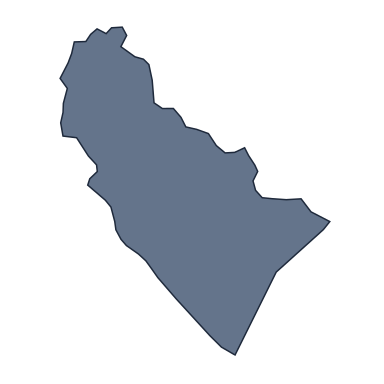 outline of São Francisco do Oeste, Rio Grande do Norte, Brazil, rotated 274°
{"feature_id": "56859067B39459166800454", "entity_name": "São Francisco do Oeste", "entity_type": "district", "adm_level": 2, "iso_a3": "BRA", "parent_name": "Brazil", "parent_adm1": "Rio Grande do Norte", "projection": "robinson", "projection_center": [-38.17, -5.99], "detail": "fine", "context": "isolated", "style": "filled", "palette": "slate", "viewbox_px": 384, "rotation_deg": 274, "n_neighbors": 0, "source": "geoboundaries", "source_scale": "gbopen_adm2", "svg_char_len": 939}
<svg xmlns="http://www.w3.org/2000/svg" viewBox="0 0 384 384"><g transform="rotate(274 192 192)"><path d="M32.4,246.3L118.0,281.6L163.7,325.7L172.1,331.5L180.5,312.1L192.8,301.3L190.9,286.6L190.9,272.6L191.2,262.4L198.1,255.3L207.3,252.1L217.1,256.1L223.2,252.8L232.3,245.9L239.8,241.4L234.5,231.8L233.3,222.3L240.0,213.0L251.4,204.3L254.8,192.3L256.5,181.3L265.7,175.8L274.0,167.6L273.2,156.6L278.3,147.9L300.7,144.5L316.1,140.1L321.1,134.3L322.9,125.6L332.0,110.9L343.6,115.9L351.6,110.9L350.2,100.3L344.0,95.3L348.1,85.9L342.2,79.9L334.7,75.6L333.5,64.1L321.8,62.3L312.1,59.4L296.1,52.5L286.6,60.4L271.5,57.5L262.4,57.8L251.8,56.2L238.8,59.4L238.1,73.1L220.6,86.2L212.4,94.9L205.8,96.1L198.1,89.1L191.6,87.5L177.8,106.1L171.3,112.2L157.2,117.0L149.0,118.7L139.8,124.5L134.0,130.3L126.4,142.9L120.1,150.8L112.2,157.4L104.2,163.9L84.2,183.8L49.9,219.9L39.3,232.2L32.4,246.3Z" fill="#64748b" stroke="#1e293b" stroke-width="1.5"/></g></svg>